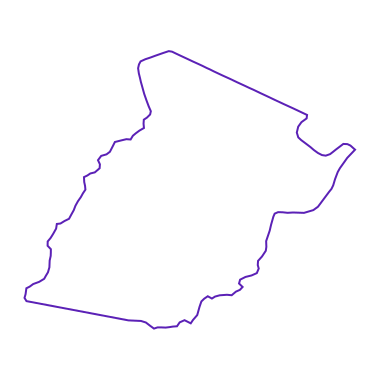 outline of São Cristóvão, Sergipe, Brazil, rotated 274°
{"feature_id": "56859067B41958446559326", "entity_name": "São Cristóvão", "entity_type": "district", "adm_level": 2, "iso_a3": "BRA", "parent_name": "Brazil", "parent_adm1": "Sergipe", "projection": "albers", "projection_center": [-37.21, -10.968], "detail": "fine", "context": "isolated", "style": "outline", "palette": "violet", "viewbox_px": 384, "rotation_deg": 274, "n_neighbors": 0, "source": "geoboundaries", "source_scale": "gbopen_adm2", "svg_char_len": 2189}
<svg xmlns="http://www.w3.org/2000/svg" viewBox="0 0 384 384"><g transform="rotate(274 192 192)"><path d="M318.7,131.6L315.6,130.2L311.7,129.6L306.6,130.7L302.0,132.2L298.3,133.3L294.4,134.7L291.0,135.9L286.5,137.5L280.2,140.2L274.5,142.8L269.7,145.3L266.4,144.8L263.0,141.8L260.8,138.9L256.8,138.9L252.5,139.6L249.6,135.3L246.6,131.8L244.0,129.1L240.1,127.1L240.1,122.8L238.4,117.4L236.5,111.6L231.5,109.5L226.4,107.3L223.6,104.1L221.7,98.9L217.2,96.0L213.2,98.2L209.3,98.2L204.8,93.7L203.4,89.3L201.2,86.5L199.3,83.2L194.4,83.8L190.6,84.9L186.9,85.5L183.1,83.3L179.2,81.5L174.9,78.9L170.2,76.7L165.6,75.3L160.9,73.1L156.7,71.2L154.2,66.9L151.4,63.0L150.7,59.4L146.0,59.0L140.5,56.4L136.2,54.1L132.6,51.5L128.3,51.7L125.1,55.2L121.7,55.4L118.4,55.5L113.7,54.8L106.9,55.0L101.8,53.9L98.3,52.1L95.1,50.6L91.7,45.8L89.1,40.0L86.3,36.7L84.4,33.5L78.4,33.1L74.7,32.3L71.6,34.5L59.5,137.5L59.8,150.1L58.6,155.1L55.6,159.6L53.1,163.6L54.5,167.0L54.8,171.1L54.9,175.1L55.6,178.8L56.4,182.2L57.0,186.4L61.1,188.8L63.6,193.5L60.9,199.9L64.4,201.9L69.6,205.8L77.9,207.5L83.5,209.0L86.4,211.6L89.1,215.0L87.1,219.3L89.3,222.3L90.9,226.9L91.9,234.0L91.8,238.8L95.7,242.8L97.7,246.6L100.8,249.1L104.0,245.3L107.9,246.1L111.0,251.3L112.9,257.2L115.6,262.3L120.3,263.9L123.7,262.7L127.9,262.7L132.5,266.3L138.5,269.7L142.4,270.0L148.2,269.4L158.8,272.2L165.0,273.2L173.1,274.9L176.2,276.0L177.9,279.3L178.1,283.8L177.9,288.8L178.6,294.2L179.0,305.2L182.4,314.3L186.1,318.7L201.8,328.8L204.8,330.9L208.5,332.4L214.8,333.8L222.1,336.0L226.1,337.9L236.9,344.5L245.6,351.7L249.4,346.8L250.6,343.7L250.5,339.6L244.3,332.5L241.8,329.8L239.4,327.1L237.6,322.9L237.9,319.1L239.7,314.9L242.4,310.6L245.1,307.0L248.3,302.1L251.4,297.3L253.9,294.2L258.6,292.4L264.6,293.4L269.3,296.3L273.4,301.2L276.9,301.4L279.9,293.7L282.7,286.5L286.1,277.4L289.6,268.3L292.6,260.7L295.4,253.4L298.3,246.1L299.9,241.7L301.7,237.1L304.6,229.4L307.6,221.8L310.3,214.5L313.9,205.2L315.5,201.4L316.7,198.1L318.6,193.5L320.2,189.3L322.2,183.9L324.3,178.5L326.1,173.8L327.6,169.9L329.2,165.8L330.6,162.3L330.9,159.0L328.6,153.4L325.2,145.5L323.3,141.3L321.2,136.2L318.7,131.6Z" fill="none" stroke="#5b21b6" stroke-width="2"/></g></svg>